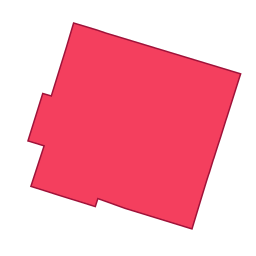 Wayne, Indiana, United States of America (orthographic projection), rotated 17°
{"feature_id": "52423323B20136389487822", "entity_name": "Wayne", "entity_type": "district", "adm_level": 2, "iso_a3": "USA", "parent_name": "United States of America", "parent_adm1": "Indiana", "projection": "orthographic", "projection_center": [-84.945, 39.86], "detail": "fine", "context": "isolated", "style": "filled", "palette": "rose", "viewbox_px": 256, "rotation_deg": 17, "n_neighbors": 0, "source": "geoboundaries", "source_scale": "gbopen_adm2", "svg_char_len": 547}
<svg xmlns="http://www.w3.org/2000/svg" viewBox="0 0 256 256"><g transform="rotate(17 128 128)"><path d="M119.7,212.7L119.8,204.3L148.9,205.7L218.7,205.8L218.6,171.4L218.6,170.6L218.6,163.1L218.6,156.3L218.6,154.7L218.7,148.6L218.8,147.3L218.8,137.8L218.8,133.3L218.9,131.9L219.0,120.4L219.2,109.9L219.2,109.5L219.3,94.7L219.3,91.9L219.4,88.6L219.8,49.0L219.9,43.3L78.7,43.7L70.1,43.4L45.3,43.5L45.5,69.0L45.3,119.8L36.4,119.9L36.1,169.6L53.0,169.6L52.2,212.2L81.1,212.5L119.7,212.7Z" fill="#f43f5e" stroke="#9f1239" stroke-width="1.5"/></g></svg>